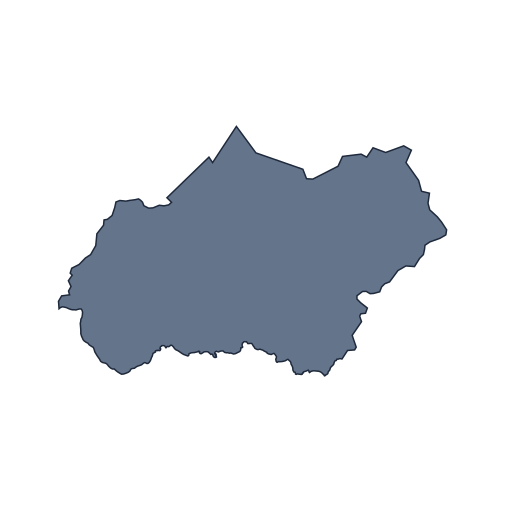 the district of Sarandí del Yí, Durazno, Uruguay, rotated 32°
{"feature_id": "84410073B30511027712587", "entity_name": "Sarandí del Yí", "entity_type": "district", "adm_level": 2, "iso_a3": "URY", "parent_name": "Uruguay", "parent_adm1": "Durazno", "projection": "mercator", "projection_center": [-55.569, -33.214], "detail": "fine", "context": "isolated", "style": "filled", "palette": "slate", "viewbox_px": 512, "rotation_deg": 32, "n_neighbors": 0, "source": "geoboundaries", "source_scale": "gbopen_adm2", "svg_char_len": 5002}
<svg xmlns="http://www.w3.org/2000/svg" viewBox="0 0 512 512"><g transform="rotate(32 256 256)"><path d="M116.9,405.1L117.5,403.3L118.7,401.7L120.6,400.9L122.6,400.2L124.5,400.0L126.8,399.6L128.6,399.0L130.5,397.8L131.9,397.2L133.0,395.9L134.3,394.5L135.9,393.6L137.4,394.3L138.7,395.6L139.9,397.8L140.9,400.3L141.0,402.3L142.0,404.4L142.7,406.3L144.2,408.3L146.2,411.0L147.3,412.6L148.6,414.7L150.6,416.5L152.2,417.5L153.7,418.6L155.4,419.1L157.5,419.2L159.7,419.0L161.5,419.7L163.2,419.8L164.8,419.8L166.4,419.7L168.1,420.9L170.1,422.7L172.0,423.7L174.0,424.7L175.8,425.5L177.8,426.3L180.0,427.6L182.1,427.7L183.9,427.1L185.3,426.6L187.2,426.7L189.2,427.5L191.1,427.9L192.7,428.1L194.4,427.8L195.6,426.9L197.1,427.2L198.3,427.4L199.8,427.6L200.7,427.6L202.8,427.6L204.6,427.5L206.4,426.1L207.8,424.4L209.3,422.3L210.0,420.5L209.9,419.1L210.0,417.8L210.9,416.8L212.4,415.6L213.2,413.5L214.0,412.1L215.4,410.5L215.7,410.1L216.6,408.9L217.3,406.8L218.0,405.4L218.9,405.1L220.1,405.1L221.3,404.4L221.8,403.0L221.9,400.8L221.6,399.1L221.2,397.5L221.1,396.0L220.3,393.2L220.4,392.7L220.7,392.3L221.0,391.9L221.6,390.7L221.5,390.4L221.3,390.4L221.1,390.2L221.1,389.6L221.4,389.4L222.0,388.5L222.7,388.4L223.0,387.8L223.6,387.7L224.0,387.6L224.6,387.1L224.7,386.7L224.6,386.2L224.5,385.4L224.2,385.2L224.0,385.3L223.7,385.4L223.3,384.6L223.1,383.6L223.6,382.6L223.6,382.0L224.0,381.7L225.5,380.7L226.8,380.8L227.3,381.2L227.9,381.5L228.2,381.6L228.4,381.4L228.4,380.7L228.5,380.2L228.7,379.7L229.3,379.5L230.1,379.1L230.6,378.0L231.0,376.8L231.7,376.4L232.8,376.5L234.3,376.9L236.0,377.7L237.8,378.0L239.6,377.7L241.5,377.7L243.0,377.8L245.1,377.9L247.0,377.8L249.3,377.3L251.2,376.9L251.6,376.0L251.0,374.5L251.5,373.6L252.6,372.2L255.0,370.5L257.3,368.1L257.8,367.1L258.5,366.9L259.0,367.1L259.0,367.8L259.4,368.1L260.5,368.3L261.3,367.9L262.0,366.6L262.8,364.8L264.3,363.6L266.0,362.7L268.5,363.1L269.9,363.4L270.6,362.5L271.6,362.6L272.3,363.3L273.3,363.9L274.5,364.0L275.6,363.4L276.0,362.7L275.7,362.2L274.9,362.0L274.6,361.8L274.6,361.5L274.8,361.1L274.6,360.9L274.1,360.6L273.8,360.3L273.5,360.3L273.2,360.8L273.1,360.7L272.6,360.6L272.3,360.2L272.2,359.1L272.5,358.4L272.8,357.8L273.6,357.7L275.1,357.2L276.1,355.7L277.2,354.7L278.5,354.0L280.4,354.4L282.1,353.8L283.3,353.0L285.0,352.5L286.1,351.6L287.5,351.3L288.9,351.0L290.4,349.6L291.6,347.6L292.8,345.7L292.9,344.9L292.8,343.9L292.5,343.3L291.9,342.2L291.8,341.9L292.0,341.8L292.5,341.5L293.0,340.6L292.8,340.1L291.9,339.6L291.2,338.5L290.7,337.0L291.0,336.3L291.2,335.1L291.6,334.7L292.1,334.5L293.2,334.0L293.3,333.8L293.9,333.9L294.3,334.1L295.0,334.3L295.4,334.6L296.0,334.3L297.2,333.4L298.0,332.8L298.7,332.5L299.7,332.8L301.3,333.7L302.7,334.2L304.0,334.9L304.6,334.9L306.5,334.7L307.5,334.2L308.7,332.9L309.9,332.7L311.8,332.2L313.1,332.3L314.9,332.1L315.5,332.1L316.2,331.9L316.9,332.5L318.5,332.4L319.6,332.0L321.1,331.5L321.7,330.5L322.8,329.1L323.7,329.2L326.6,330.4L327.2,331.6L327.4,333.0L328.2,333.9L329.0,334.7L329.9,335.0L330.3,334.9L331.1,333.6L332.1,333.1L333.9,331.8L335.3,330.5L336.5,329.1L337.4,327.2L337.9,326.7L339.3,327.0L340.9,327.3L341.9,327.8L343.0,329.1L344.7,330.0L346.3,331.2L347.8,333.2L349.6,334.3L350.7,333.9L351.3,334.3L352.1,335.2L352.9,335.0L353.3,334.2L354.9,333.5L357.3,332.4L357.8,331.7L357.5,331.1L357.5,330.5L357.9,330.2L358.1,330.0L357.8,329.4L357.9,328.8L358.2,328.5L359.8,326.7L360.4,325.6L360.9,325.1L361.4,325.3L362.8,326.4L363.1,326.5L363.9,324.6L365.1,323.3L366.2,322.5L367.9,321.7L370.0,320.6L371.9,320.1L372.8,320.1L373.8,320.2L375.9,320.7L376.5,320.7L376.9,321.0L377.3,321.3L377.7,321.3L377.9,321.0L378.2,320.4L378.3,319.5L378.8,318.9L379.2,317.7L378.6,315.8L379.0,314.0L378.8,313.0L378.3,311.0L378.9,308.6L379.2,307.3L379.2,306.2L378.8,305.4L378.6,304.1L378.6,302.8L379.4,302.1L379.3,300.6L380.5,299.8L381.5,298.5L383.5,297.8L383.7,287.6L389.4,283.4L389.3,280.2L383.1,275.2L379.6,272.3L380.3,255.8L375.8,252.1L375.5,249.5L379.2,246.5L378.0,241.1L369.6,240.2L364.4,239.0L362.7,236.2L365.1,229.7L368.2,227.6L372.7,227.5L375.5,225.5L379.9,220.8L378.9,215.6L379.9,211.3L383.0,207.2L384.1,193.1L388.4,185.0L396.0,181.0L396.0,171.4L397.2,166.1L395.4,161.0L393.6,157.4L396.0,151.9L402.5,143.7L405.8,137.5L403.8,132.8L395.2,128.8L389.0,126.7L378.9,124.8L373.9,120.1L369.8,110.8L362.1,113.4L353.8,105.7L333.7,97.3L331.7,83.9L322.9,84.3L311.1,99.5L297.9,102.2L297.5,113.5L291.2,113.9L276.6,125.7L278.0,136.4L263.4,160.7L257.9,163.7L249.8,157.6L201.3,168.6L170.7,156.5L169.7,199.8L163.7,197.1L149.6,253.8L155.9,255.2L154.9,258.9L151.4,262.2L147.1,264.2L143.1,269.8L139.6,272.3L134.3,272.8L131.2,270.5L128.6,269.9L126.2,269.8L123.3,272.6L119.4,275.8L116.6,278.4L111.1,281.1L108.6,284.4L110.5,289.7L112.5,297.9L110.5,303.7L108.0,305.9L110.4,310.7L109.3,321.5L114.6,332.1L115.0,342.5L112.4,348.0L110.5,356.9L106.2,364.0L107.5,369.0L110.3,369.7L110.0,376.4L115.3,379.9L115.6,385.1L118.5,387.7L112.3,392.8L112.5,399.1L114.1,401.2L116.9,405.1Z" fill="#64748b" stroke="#1e293b" stroke-width="1.5"/></g></svg>